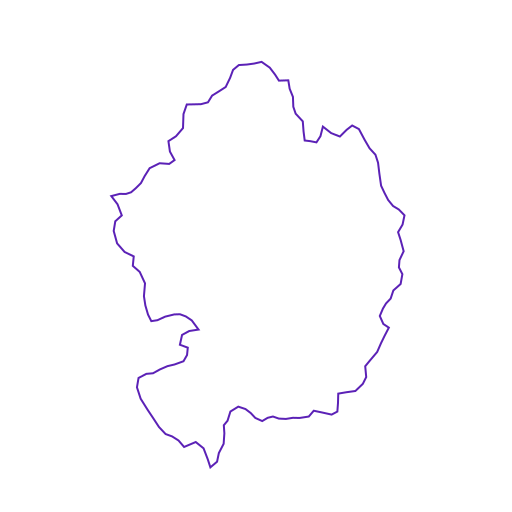 Sem-Peixe, Minas Gerais, Brazil (Equal Earth projection), rotated 162°
{"feature_id": "56859067B34440894750184", "entity_name": "Sem-Peixe", "entity_type": "district", "adm_level": 2, "iso_a3": "BRA", "parent_name": "Brazil", "parent_adm1": "Minas Gerais", "projection": "equal_earth", "projection_center": [-42.82, -20.083], "detail": "fine", "context": "isolated", "style": "outline", "palette": "violet", "viewbox_px": 512, "rotation_deg": 162, "n_neighbors": 0, "source": "geoboundaries", "source_scale": "gbopen_adm2", "svg_char_len": 2013}
<svg xmlns="http://www.w3.org/2000/svg" viewBox="0 0 512 512"><g transform="rotate(162 256 256)"><path d="M171.0,413.1L180.0,415.7L181.8,422.6L184.7,430.9L190.7,438.9L198.3,439.6L205.5,440.9L213.3,442.9L220.3,440.1L225.6,433.4L232.6,426.1L239.4,424.3L248.2,422.1L254.2,417.0L261.4,417.4L269.4,419.8L275.0,421.5L281.1,413.4L285.9,400.2L295.1,394.6L303.8,392.3L305.6,381.9L303.8,372.4L310.1,370.4L319.0,374.0L330.0,372.4L337.2,366.4L342.9,360.9L349.2,357.7L355.1,355.2L360.5,355.2L366.4,357.2L375.1,357.7L371.7,348.0L371.1,336.1L379.1,332.5L383.6,323.8L384.2,310.9L379.7,300.4L372.4,293.4L376.2,284.7L371.5,276.8L370.0,264.3L375.0,252.4L376.5,243.2L376.8,233.7L375.7,226.4L369.6,225.4L361.1,226.4L351.8,225.7L346.3,224.1L341.4,220.2L337.0,214.6L333.4,203.8L342.7,205.3L350.7,203.8L355.8,195.1L349.2,189.9L352.2,183.1L357.5,178.3L367.0,178.0L374.2,178.6L382.5,177.8L390.2,176.3L396.7,177.8L405.4,176.3L409.8,167.9L409.8,155.9L406.6,143.2L403.9,133.6L401.1,123.3L397.0,114.6L391.6,110.4L386.7,104.5L383.4,96.6L370.8,97.7L365.3,89.3L364.7,77.5L364.7,69.1L356.6,72.4L352.2,80.1L344.8,87.4L340.9,97.1L338.9,105.0L334.0,108.1L328.4,116.0L319.4,118.2L313.3,113.7L309.5,108.2L306.7,102.2L301.1,97.1L294.9,98.5L289.5,98.1L284.5,94.3L277.9,91.8L270.9,90.7L264.6,88.5L255.4,87.0L248.9,91.0L241.4,86.7L233.1,81.8L226.7,82.9L223.5,90.7L220.3,99.7L212.1,98.5L203.2,96.9L193.9,101.4L188.6,106.8L186.2,117.4L179.3,121.8L170.4,127.3L164.0,134.5L158.3,140.4L151.8,146.8L155.9,152.0L156.8,160.7L151.5,166.8L147.0,170.7L141.1,173.9L136.0,180.8L127.1,184.7L122.4,193.5L123.6,201.0L120.8,207.8L114.1,214.9L113.5,226.6L113.5,234.8L106.9,240.6L102.2,248.8L105.8,256.1L110.2,261.2L113.0,268.4L114.3,276.3L115.3,284.2L113.2,296.3L111.1,307.0L111.1,315.4L114.7,323.3L116.8,333.0L118.9,344.9L124.2,350.4L130.8,348.0L139.3,343.7L146.5,349.6L152.4,358.4L157.7,350.0L163.4,345.4L169.0,348.5L174.0,350.8L172.3,359.7L169.9,369.6L174.3,379.1L174.4,386.4L171.7,395.9L172.3,404.7L171.0,413.1Z" fill="none" stroke="#5b21b6" stroke-width="2"/></g></svg>